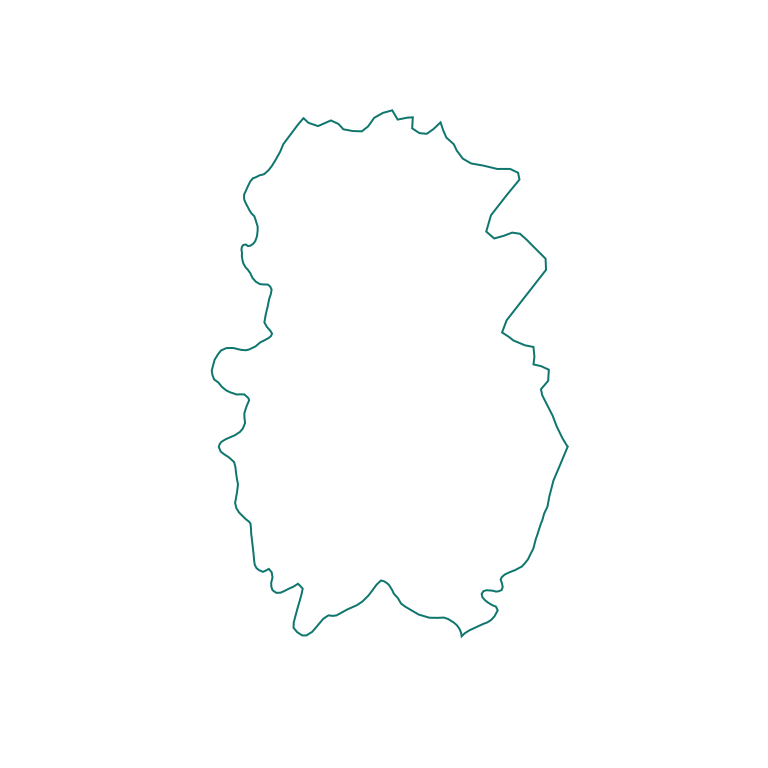 Liozna, Vitebsk, Belarus, rotated 308°
{"feature_id": "67162791B19917337499758", "entity_name": "Liozna", "entity_type": "district", "adm_level": 2, "iso_a3": "BLR", "parent_name": "Belarus", "parent_adm1": "Vitebsk", "projection": "natural_earth1", "projection_center": [30.625, 55.016], "detail": "fine", "context": "isolated", "style": "outline", "palette": "teal", "viewbox_px": 768, "rotation_deg": 308, "n_neighbors": 0, "source": "geoboundaries", "source_scale": "gbopen_adm2", "svg_char_len": 3586}
<svg xmlns="http://www.w3.org/2000/svg" viewBox="0 0 768 768"><g transform="rotate(308 384 384)"><path d="M171.7,488.3L172.3,489.0L183.6,493.8L193.0,498.8L199.2,500.9L208.0,502.0L214.6,501.9L221.3,501.7L227.3,502.6L228.6,505.6L228.9,509.0L228.7,511.6L226.6,517.4L224.8,520.9L223.9,526.5L221.5,532.7L221.6,537.5L222.5,544.7L223.7,553.4L227.8,563.7L232.4,569.8L236.8,575.0L238.3,579.3L239.0,586.0L238.8,589.9L237.5,594.3L235.2,598.2L233.0,600.5L237.3,601.1L242.6,603.0L249.0,606.3L256.0,609.9L260.0,612.3L264.1,613.7L268.9,614.1L275.6,613.0L277.5,609.2L276.4,605.6L275.8,600.5L275.8,597.0L276.4,593.1L278.7,590.2L281.9,589.9L284.5,591.6L286.8,595.0L288.4,597.6L289.3,600.0L291.2,601.9L294.0,603.5L297.0,602.6L299.3,600.0L301.6,596.4L304.4,595.7L308.3,596.5L311.9,598.3L315.5,600.3L318.0,601.9L322.2,603.7L325.0,605.0L329.7,605.4L334.5,605.4L339.0,604.4L346.3,603.0L355.2,599.1L359.7,597.6L364.7,595.7L370.6,593.6L374.4,592.5L380.4,590.0L388.0,588.3L397.2,583.5L412.4,576.9L426.3,573.2L447.8,567.3L447.7,567.0L451.0,558.3L456.9,546.2L462.8,536.5L472.5,515.7L476.5,510.9L487.6,511.4L496.7,505.1L494.8,496.9L491.5,489.7L498.0,485.8L505.2,479.0L501.3,471.3L498.0,459.3L498.0,453.0L497.3,445.3L509.7,441.4L531.3,441.4L552.8,441.4L573.7,441.4L582.2,434.2L584.2,417.8L585.5,407.7L586.1,398.6L582.2,391.8L574.3,387.0L566.5,381.2L567.1,370.7L582.8,364.4L608.2,364.4L628.5,364.9L633.0,359.6L631.1,350.9L623.2,340.9L617.3,327.9L611.4,316.8L610.1,307.3L612.7,297.7L615.9,291.4L616.6,281.4L620.5,274.2L625.0,267.5L615.2,266.0L607.4,263.6L603.5,257.4L602.8,248.8L611.9,242.5L608.0,238.2L600.8,232.0L604.7,222.0L596.9,216.2L587.7,212.4L577.3,212.9L569.5,211.0L564.2,203.8L559.7,195.2L560.9,188.0L559.0,179.9L546.6,173.2L543.3,163.6L543.9,157.4L543.9,156.9L535.9,156.5L510.9,157.0L503.0,159.2L493.1,160.7L486.7,161.4L481.4,161.4L475.4,160.3L471.9,157.5L467.8,155.6L465.5,154.1L461.5,153.9L456.9,154.8L447.0,157.2L443.3,160.2L441.5,163.5L438.0,171.2L436.8,174.6L436.4,178.5L433.9,182.3L430.2,187.6L426.9,190.1L422.1,193.0L417.3,194.6L413.8,194.6L410.6,193.5L408.9,191.9L408.9,189.3L406.9,187.5L404.6,187.6L402.3,188.8L400.0,191.3L397.2,193.3L394.2,196.5L392.4,199.0L390.7,203.1L390.3,205.9L389.1,210.2L386.6,215.2L385.7,220.0L386.3,224.7L388.2,227.7L390.9,231.3L390.7,234.4L389.1,237.4L384.8,239.6L380.2,241.2L373.7,244.5L365.6,248.2L358.9,251.8L356.9,256.5L356.0,261.5L354.8,264.8L352.0,265.4L349.5,264.9L344.2,262.6L340.8,260.9L334.5,259.6L327.9,256.3L325.5,254.3L323.0,250.5L321.8,248.0L319.6,243.1L317.5,240.4L315.4,237.8L310.1,234.9L305.1,234.9L298.8,235.6L292.6,238.2L288.4,240.1L285.3,243.5L283.0,247.4L283.2,252.7L282.0,257.6L281.8,263.5L282.7,267.8L285.0,274.3L288.0,277.9L289.8,280.4L289.4,285.8L288.0,287.8L282.1,289.3L279.1,290.4L274.9,292.0L271.5,294.8L267.8,298.5L262.0,300.2L257.7,300.0L251.9,298.1L247.0,295.4L242.7,293.1L238.3,291.5L235.5,291.5L232.6,292.6L230.2,297.0L230.2,301.1L230.7,307.1L230.2,313.9L227.1,318.0L222.7,322.3L218.3,326.9L215.1,330.7L208.6,334.6L198.6,339.9L195.3,344.1L193.5,348.9L193.0,353.2L192.4,358.1L192.4,362.4L191.9,364.6L188.4,368.0L184.5,371.3L179.7,376.1L174.5,381.2L169.6,386.0L165.0,390.3L162.0,393.4L160.4,396.9L160.4,400.1L161.4,404.2L163.5,405.4L167.4,407.1L166.5,411.4L163.0,415.2L157.9,417.5L154.9,420.0L152.9,423.1L153.1,427.7L155.9,431.0L159.3,432.8L164.2,435.1L168.5,437.4L173.6,439.2L173.4,441.9L172.7,445.9L168.1,448.2L161.2,451.1L155.3,453.4L146.3,457.2L140.5,459.7L136.2,462.8L135.0,468.3L135.5,474.2L138.0,477.6L144.5,480.0L150.3,480.3L161.7,480.7L167.5,482.7L169.8,486.5L171.7,488.3Z" fill="none" stroke="#0f766e" stroke-width="2"/></g></svg>